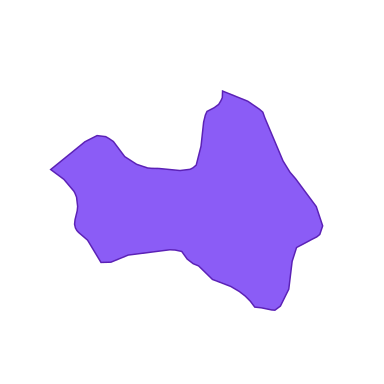 Estelí, Equal Earth projection, rotated 120°
{"feature_id": "NIC-664", "entity_name": "Estelí", "entity_type": "Department", "adm_level": 1, "iso_a3": "NIC", "parent_name": "Nicaragua", "parent_adm1": "", "projection": "equal_earth", "projection_center": [-86.387, 13.143], "detail": "fine", "context": "isolated", "style": "filled", "palette": "violet", "viewbox_px": 384, "rotation_deg": 120, "n_neighbors": 0, "source": "natural_earth", "source_scale": "10m", "svg_char_len": 1012}
<svg xmlns="http://www.w3.org/2000/svg" viewBox="0 0 384 384"><g transform="rotate(120 192 192)"><path d="M298.5,235.6L285.9,258.4L283.7,270.1L282.9,272.5L281.4,275.0L278.6,277.6L274.3,279.5L265.7,282.0L261.7,283.8L254.2,289.4L251.6,292.7L250.4,294.6L245.1,309.3L243.2,325.6L201.9,309.8L190.6,302.4L187.2,294.4L187.2,290.6L187.6,285.3L195.0,268.0L195.7,253.8L193.4,242.5L191.6,238.6L188.2,232.5L179.4,213.1L173.3,205.0L170.7,203.3L166.6,201.8L147.8,207.1L125.6,216.9L118.7,218.9L114.7,219.3L108.2,215.1L102.8,212.7L98.4,212.6L95.2,212.9L89.3,216.0L85.5,189.1L86.6,175.0L87.4,170.8L87.7,170.3L91.3,166.1L119.6,128.7L125.9,117.0L128.7,109.0L142.5,77.1L156.0,61.9L164.9,60.1L168.5,61.5L173.4,64.7L187.8,73.7L202.0,70.6L227.8,59.6L246.6,58.4L252.9,61.1L254.3,64.0L257.6,74.0L260.3,80.1L257.4,86.9L255.5,93.9L254.5,101.5L254.4,111.1L257.5,130.6L252.7,149.4L253.5,155.1L252.5,162.6L248.6,171.2L250.7,177.6L253.1,182.3L278.5,215.7L293.3,227.1L298.5,235.6Z" fill="#8b5cf6" stroke="#5b21b6" stroke-width="1.5"/></g></svg>